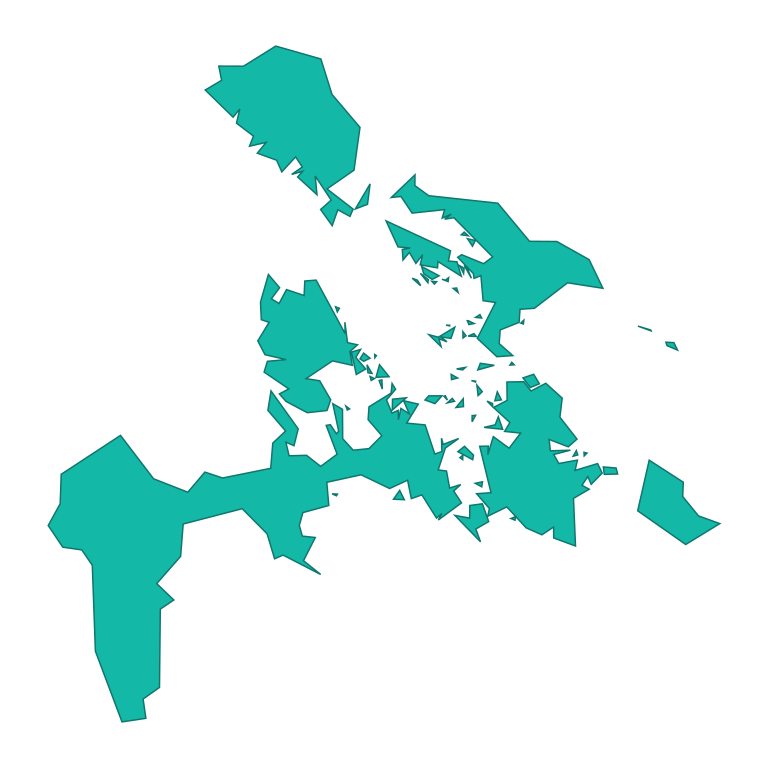 outline of Bocas del Toro, Bocas del Toro, Panama
{"feature_id": "35544464B73365109430870", "entity_name": "Bocas del Toro", "entity_type": "district", "adm_level": 2, "iso_a3": "PAN", "parent_name": "Panama", "parent_adm1": "Bocas del Toro", "projection": "orthographic", "projection_center": [-82.201, 9.231], "detail": "fine", "context": "isolated", "style": "filled", "palette": "teal", "viewbox_px": 768, "rotation_deg": 0, "n_neighbors": 0, "source": "geoboundaries", "source_scale": "gbopen_adm2", "svg_char_len": 6166}
<svg xmlns="http://www.w3.org/2000/svg" viewBox="0 0 768 768"><path d="M272.8,443.1L270.7,468.3L222.6,478.0L204.9,472.1L187.8,492.2L153.6,478.8L120.5,435.4L61.2,474.3L60.2,503.7L48.2,525.5L62.8,547.2L81.8,549.9L92.3,565.3L95.4,651.2L122.0,721.9L145.9,718.3L143.1,699.0L159.5,687.4L160.3,609.1L173.8,600.0L156.7,583.6L180.6,556.4L183.2,524.0L242.2,508.7L267.1,533.8L274.6,558.8L283.1,555.1L320.7,574.5L303.5,560.7L315.3,537.5L302.3,536.1L299.3,525.4L302.9,512.6L328.8,505.5L326.8,482.3L361.1,474.8L389.6,488.5L407.6,480.2L411.3,498.6L421.9,494.9L436.5,518.1L441.9,513.5L438.3,520.0L461.5,502.9L453.7,491.0L460.7,484.6L449.6,488.0L446.5,471.0L438.2,469.9L445.4,448.0L458.7,438.5L443.2,444.4L441.5,438.2L441.9,451.5L434.8,454.0L425.1,424.9L406.7,423.1L418.3,404.1L403.6,400.7L409.3,413.9L400.9,408.4L398.4,419.7L398.2,410.4L392.0,413.1L386.5,400.0L395.6,389.3L392.1,383.5L391.1,393.1L369.0,406.8L368.1,419.6L381.8,435.7L369.0,448.6L353.2,450.2L342.7,438.7L342.5,409.3L332.8,403.7L338.7,431.2L336.4,433.8L330.4,424.7L326.2,425.4L337.1,454.2L320.7,466.4L306.5,455.3L289.1,455.8L285.9,442.2L294.0,445.7L298.2,428.9L271.0,390.9L267.9,410.4L285.6,431.0L272.8,443.1ZM320.9,59.0L275.7,46.1L243.5,66.2L218.8,66.1L221.6,80.3L205.2,90.0L233.1,117.2L239.8,108.9L236.5,123.2L253.5,136.1L249.5,146.2L266.1,142.4L257.3,153.2L276.6,160.2L281.8,171.9L295.6,156.9L302.3,167.0L291.7,174.4L302.7,171.3L297.6,177.0L317.0,194.7L315.2,176.0L331.2,200.1L320.6,209.5L332.2,225.7L337.8,209.8L350.0,216.4L353.1,209.1L327.0,188.9L354.0,170.2L360.0,127.4L332.0,94.4L320.9,59.0ZM523.7,381.7L506.9,382.0L507.1,400.4L493.5,407.5L509.9,422.5L504.6,431.4L520.6,433.1L509.1,448.2L493.3,436.6L487.8,454.8L488.3,446.1L479.7,446.3L491.0,492.7L476.6,493.7L489.4,508.5L487.8,516.2L506.8,506.9L526.2,527.9L541.9,534.8L553.6,527.0L553.7,538.0L575.5,546.0L573.5,498.4L589.2,489.2L582.0,485.3L587.8,476.6L591.2,484.3L602.2,473.1L597.6,463.6L575.1,470.4L577.4,460.1L558.8,463.5L553.7,454.5L570.4,450.2L550.4,450.8L549.1,439.5L568.3,446.8L577.0,439.1L559.9,417.2L562.2,398.1L545.8,383.3L531.0,391.0L523.7,381.7ZM428.7,195.7L414.9,185.6L415.0,174.8L391.3,197.5L401.0,196.5L412.1,213.1L444.6,209.6L442.2,218.1L451.2,214.2L444.7,219.2L453.9,217.7L492.6,256.9L483.6,263.7L461.7,254.7L457.7,257.3L473.3,273.5L474.1,278.4L480.9,275.6L483.1,300.7L495.5,302.5L477.3,338.4L496.9,356.7L512.8,355.6L499.2,343.6L500.2,329.9L519.1,322.4L520.0,309.3L534.4,308.3L567.6,282.8L602.9,288.3L589.1,259.6L556.8,241.5L529.5,241.3L497.8,203.2L428.7,195.7ZM279.6,287.7L268.4,274.5L260.5,302.1L261.3,319.7L269.1,322.3L257.8,340.9L265.0,354.7L286.2,359.6L267.4,361.3L264.1,372.1L288.8,388.9L279.4,393.9L286.0,401.4L307.3,412.7L327.0,410.5L330.7,399.8L319.7,380.8L306.1,378.6L332.5,360.9L352.3,365.3L349.9,351.6L357.5,344.8L347.5,342.6L344.9,322.2L345.1,333.6L316.1,280.1L304.8,281.0L304.1,295.5L286.5,289.6L279.1,303.5L271.4,298.8L279.6,287.7ZM683.3,482.2L649.2,460.2L637.7,510.8L685.7,544.5L719.8,523.6L698.5,515.9L682.7,496.5L683.3,482.2ZM386.1,220.9L398.0,246.9L410.4,248.0L402.3,249.5L403.0,260.0L409.4,252.4L415.9,263.4L422.6,254.7L420.2,264.8L437.5,267.9L438.0,261.6L461.3,276.2L457.0,261.8L448.4,261.0L450.5,250.8L386.1,220.9ZM482.4,503.8L469.8,505.5L469.7,518.1L454.9,515.4L480.5,541.8L475.8,529.0L488.7,521.6L482.4,503.8ZM355.3,209.0L367.5,204.3L370.1,183.9L355.3,209.0ZM360.6,349.4L351.4,352.1L356.3,374.5L365.7,369.0L355.8,357.4L360.6,349.4ZM533.7,374.3L523.0,377.9L530.4,387.5L539.4,383.8L533.7,374.3ZM502.7,429.3L498.3,416.8L495.2,424.8L484.1,427.4L502.7,429.3ZM603.3,466.9L604.3,474.4L617.6,474.0L616.1,468.0L603.3,466.9ZM454.8,327.2L438.4,337.2L428.9,334.7L441.1,346.6L438.9,338.7L447.0,341.8L440.8,336.9L451.0,338.4L454.8,327.2ZM406.2,397.8L392.5,399.2L392.3,410.1L406.2,397.8ZM379.5,364.7L376.0,377.3L389.1,376.7L379.5,364.7ZM494.3,365.3L480.3,363.3L477.8,369.9L494.3,365.3ZM421.6,266.5L423.8,273.9L432.1,279.4L439.1,275.8L421.6,266.5ZM464.5,446.3L457.9,451.7L472.7,459.7L473.5,455.1L464.5,446.3ZM677.5,350.1L673.9,342.6L665.9,342.2L667.0,345.6L677.5,350.1ZM442.0,395.8L428.8,395.8L425.0,400.0L435.0,403.6L442.0,395.8ZM372.0,373.4L367.0,364.8L368.0,372.8L372.0,373.4ZM404.3,499.7L399.7,490.4L393.5,499.2L404.3,499.7ZM463.5,406.6L463.2,398.7L456.0,407.5L463.5,406.6ZM471.4,278.3L467.1,267.6L464.2,265.3L471.4,278.3ZM370.0,358.2L363.6,353.1L360.0,358.9L363.7,361.3L370.0,358.2ZM482.3,391.7L476.9,385.1L478.1,395.6L482.3,391.7ZM501.4,399.9L497.3,391.8L494.9,400.8L501.4,399.9ZM428.3,279.6L420.4,273.4L427.9,282.7L428.3,279.6ZM382.3,389.1L381.9,379.9L379.1,380.5L382.3,389.1ZM650.7,330.0L637.9,326.1L651.1,330.9L650.7,330.0ZM420.7,285.7L417.4,280.2L412.2,278.2L420.7,285.7ZM472.1,421.8L475.6,415.3L472.1,415.6L472.1,421.8ZM464.1,268.2L459.7,265.7L463.6,273.5L464.1,268.2ZM584.2,455.9L587.0,453.1L584.0,452.3L584.2,455.9ZM465.5,367.4L456.6,368.9L462.7,369.9L465.5,367.4ZM481.7,486.8L482.5,481.8L475.3,483.3L481.7,486.8ZM573.2,456.2L577.8,454.9L576.3,450.6L573.2,456.2ZM492.5,403.5L487.1,401.1L492.7,406.8L492.5,403.5ZM473.9,333.6L468.1,336.1L476.3,336.5L473.9,333.6ZM447.2,402.9L454.5,401.3L452.3,398.4L447.2,402.9ZM457.6,378.0L451.2,374.4L451.5,379.6L457.6,378.0ZM336.4,495.8L337.4,494.1L332.1,493.8L336.4,495.8ZM475.4,240.5L467.5,238.7L472.5,246.2L475.4,240.5ZM474.1,323.5L468.5,320.8L467.3,320.7L469.0,324.6L474.1,323.5ZM349.6,408.9L345.9,406.1L347.3,410.0L349.6,408.9ZM481.6,318.0L479.9,314.6L475.6,317.4L481.6,318.0ZM514.2,364.8L511.8,362.3L509.9,365.1L514.2,364.8ZM523.4,324.0L523.8,320.2L520.8,323.1L523.4,324.0ZM466.0,335.8L462.9,331.7L463.0,338.0L466.0,335.8ZM374.5,378.6L370.1,376.5L371.2,380.5L374.5,378.6ZM448.1,281.6L448.6,277.7L445.3,280.2L441.9,279.2L448.1,281.6ZM446.0,325.1L449.7,325.9L449.7,325.3L446.0,325.1ZM515.5,516.7L510.9,518.5L515.0,520.2L515.5,516.7ZM468.3,235.8L464.2,232.1L461.3,234.8L468.3,235.8ZM434.4,284.1L436.6,281.7L431.8,281.3L434.4,284.1ZM462.7,459.6L462.8,455.2L459.9,457.7L462.7,459.6ZM475.7,381.2L471.4,380.6L475.5,382.0L475.7,381.2ZM444.0,396.3L447.4,400.1L445.3,395.7L444.0,396.3ZM376.4,355.6L374.7,354.5L374.9,357.7L376.4,355.6ZM456.6,288.0L453.2,288.4L458.1,292.5L456.6,288.0ZM337.3,311.9L339.4,308.3L335.6,306.8L337.3,311.9Z" fill="#14b8a6" stroke="#0f766e" stroke-width="1.5"/></svg>